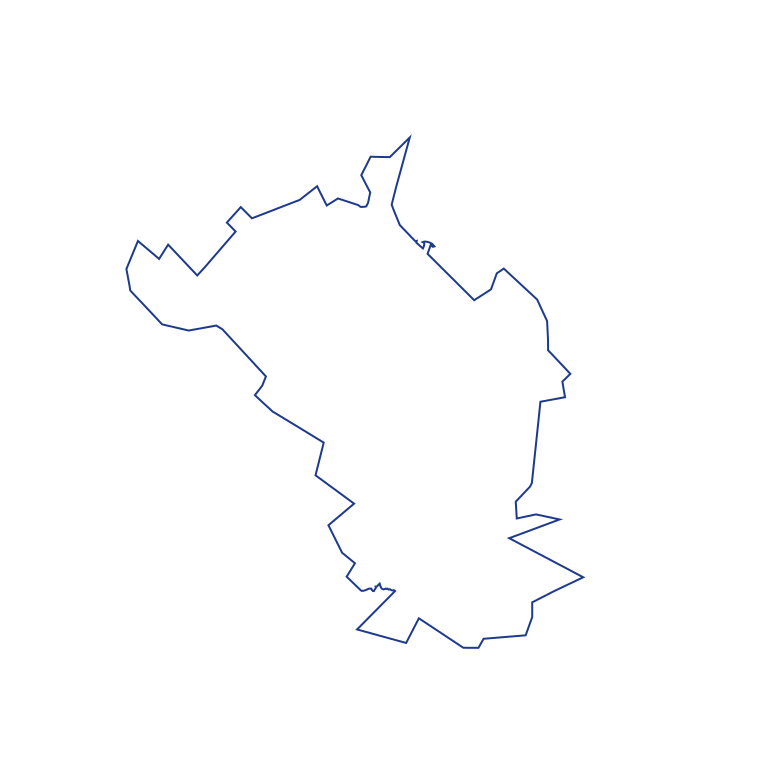 outline of Huásabas, Sonora, Mexico, rotated 223°
{"feature_id": "50627088B89429214037854", "entity_name": "Huásabas", "entity_type": "district", "adm_level": 2, "iso_a3": "MEX", "parent_name": "Mexico", "parent_adm1": "Sonora", "projection": "mercator", "projection_center": [-109.391, 29.971], "detail": "fine", "context": "isolated", "style": "outline", "palette": "blue", "viewbox_px": 768, "rotation_deg": 223, "n_neighbors": 0, "source": "geoboundaries", "source_scale": "gbopen_adm2", "svg_char_len": 2746}
<svg xmlns="http://www.w3.org/2000/svg" viewBox="0 0 768 768"><g transform="rotate(223 384 384)"><path d="M375.1,550.1L377.0,541.9L370.3,526.2L375.2,506.8L440.9,508.9L444.7,517.6L441.9,517.6L441.0,519.0L442.1,519.1L442.4,519.1L442.9,519.2L443.3,519.3L443.6,519.3L443.8,519.3L444.1,519.3L444.3,519.3L444.5,519.3L444.5,519.1L446.0,518.9L446.9,518.6L447.3,518.5L447.8,518.3L448.1,518.1L448.5,517.9L448.9,517.7L449.1,517.6L449.5,517.3L450.3,516.8L451.0,516.3L451.6,515.6L451.9,515.2L452.4,514.2L451.6,514.4L451.2,514.4L450.9,514.4L450.7,514.4L450.4,514.2L450.1,514.0L449.9,513.7L449.7,513.5L449.5,513.2L449.3,512.9L448.9,512.0L448.4,511.0L448.0,509.7L449.6,509.6L456.7,509.4L457.7,511.0L458.5,509.8L461.0,509.9L480.8,511.0L496.8,518.4L500.7,520.4L509.6,536.6L533.3,581.9L534.5,553.9L540.2,548.7L548.8,541.1L546.2,532.3L545.0,528.0L543.0,521.2L530.4,516.7L524.7,514.7L522.3,510.7L519.2,505.6L518.1,501.8L519.3,500.1L522.0,497.5L524.8,497.3L544.2,488.3L547.6,475.5L559.5,479.9L567.8,483.0L571.2,461.2L593.6,415.1L609.4,415.7L609.0,394.9L596.5,394.3L596.2,386.5L594.7,347.4L594.6,336.0L636.9,338.7L633.8,322.1L661.5,320.8L650.8,292.4L637.1,282.3L633.3,279.3L595.7,276.9L586.9,276.3L563.3,289.9L546.5,312.4L539.5,313.8L475.5,309.0L471.9,299.7L470.9,288.6L470.8,287.8L458.1,287.8L446.7,287.9L422.7,292.9L388.1,300.0L371.8,270.5L324.3,276.1L328.3,242.8L299.5,232.0L283.0,233.1L279.9,217.6L260.6,217.3L259.4,217.4L259.0,217.8L258.4,218.4L258.0,218.7L257.7,219.3L257.5,219.7L257.0,220.5L256.7,221.0L256.5,221.7L256.1,222.4L255.9,223.0L255.7,223.6L255.0,224.5L254.6,224.9L254.2,225.2L253.7,225.7L252.9,225.3L252.3,225.2L251.9,225.1L251.0,225.0L250.4,225.4L250.2,225.8L250.3,226.4L250.5,227.0L250.6,227.8L250.8,229.0L251.2,229.5L251.5,229.8L252.0,230.1L251.9,230.2L251.6,230.4L251.5,230.5L251.4,230.7L251.2,230.9L251.2,231.1L251.1,231.3L251.0,231.5L251.0,231.8L251.0,232.0L251.0,232.4L251.2,233.3L251.1,233.9L251.0,235.1L250.8,235.0L250.6,234.8L250.3,234.6L249.7,234.2L249.4,234.0L249.1,233.9L248.5,233.7L247.6,233.2L246.5,232.9L245.6,232.9L244.7,233.2L244.1,233.7L243.7,234.4L243.4,235.3L242.8,235.6L242.4,235.8L242.1,236.4L241.8,236.8L241.2,236.7L240.6,236.7L240.1,237.1L239.9,237.7L239.6,238.0L239.1,238.1L238.0,238.3L237.3,238.6L236.7,239.2L236.4,239.7L236.1,239.9L235.6,240.1L234.7,240.1L236.3,186.1L191.2,209.7L198.7,236.4L146.1,245.2L135.0,255.5L137.4,265.6L109.0,296.8L116.7,314.7L126.7,325.4L118.9,347.0L117.9,349.6L106.5,378.5L139.8,369.5L187.3,356.6L163.2,404.7L183.9,392.3L195.2,376.2L207.4,387.8L207.2,408.5L208.3,412.4L212.9,418.5L249.1,466.6L257.5,477.7L242.6,497.8L255.2,507.4L254.6,518.5L283.2,520.4L286.9,520.5L294.4,528.4L307.7,541.3L314.2,543.9L329.6,550.2L368.1,550.1L375.1,550.1Z" fill="none" stroke="#1e3a8a" stroke-width="2"/></g></svg>